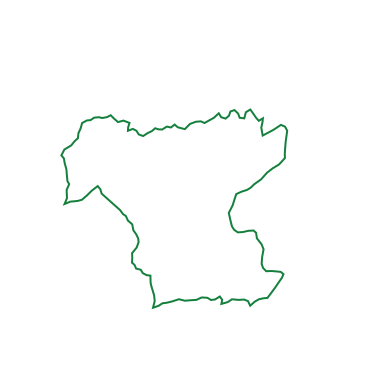 outline of Mendonça, São Paulo, Brazil, rotated 223°
{"feature_id": "56859067B44337407830126", "entity_name": "Mendonça", "entity_type": "district", "adm_level": 2, "iso_a3": "BRA", "parent_name": "Brazil", "parent_adm1": "São Paulo", "projection": "equal_earth", "projection_center": [-49.571, -21.202], "detail": "fine", "context": "isolated", "style": "outline", "palette": "green", "viewbox_px": 384, "rotation_deg": 223, "n_neighbors": 0, "source": "geoboundaries", "source_scale": "gbopen_adm2", "svg_char_len": 2191}
<svg xmlns="http://www.w3.org/2000/svg" viewBox="0 0 384 384"><g transform="rotate(223 192 192)"><path d="M190.4,294.2L191.7,289.6L196.3,290.1L200.3,291.0L205.6,292.1L207.0,287.1L204.0,281.5L207.8,278.8L211.7,280.8L216.8,280.9L218.8,277.1L217.0,273.0L217.5,268.6L221.6,266.6L226.1,267.8L226.6,261.2L228.1,256.6L229.9,251.0L233.7,249.7L237.1,246.0L239.9,240.4L240.1,233.1L246.6,229.6L250.7,229.5L251.4,224.8L255.0,222.7L256.4,217.4L259.3,214.9L262.4,213.5L262.9,209.1L264.5,205.2L265.9,199.6L270.2,197.8L274.4,198.9L278.3,197.8L280.6,193.1L282.9,195.9L284.8,199.9L290.8,197.5L293.8,192.7L299.0,192.5L303.8,192.7L305.2,188.8L308.1,184.9L311.1,183.2L314.3,179.6L315.2,175.4L317.7,172.6L319.4,167.5L316.7,162.3L315.2,157.6L312.1,153.5L312.5,149.1L312.1,143.8L314.3,136.0L312.5,129.7L308.6,129.2L304.7,126.2L299.4,123.0L294.6,118.6L290.5,115.0L287.2,114.0L285.1,108.0L279.2,102.2L277.0,96.3L274.4,102.0L271.7,105.0L269.3,107.8L267.2,111.3L266.5,117.5L266.2,124.6L265.0,132.0L260.9,131.5L257.0,129.2L232.1,129.7L227.5,128.8L223.9,129.3L219.4,127.4L213.7,127.6L208.7,124.0L203.9,123.0L199.8,121.4L196.9,119.0L194.6,113.7L194.1,106.4L190.5,102.8L187.7,99.4L184.3,99.5L180.7,97.9L176.4,100.2L172.7,99.1L168.5,100.2L165.4,102.5L160.5,97.5L157.5,95.4L154.2,93.5L149.1,90.5L144.9,86.8L141.6,80.8L138.8,86.0L137.7,90.5L135.0,93.7L131.9,98.4L128.4,104.7L123.1,107.6L118.9,112.2L115.2,116.1L113.0,121.5L108.6,125.1L104.5,126.0L101.9,129.0L100.4,134.5L96.3,133.7L94.2,130.2L90.8,135.8L89.6,140.8L84.4,144.8L80.5,148.9L76.6,150.4L71.9,148.5L71.3,154.7L69.9,159.2L67.5,162.7L64.6,166.0L65.2,171.9L66.0,178.9L67.0,185.3L67.7,190.4L69.1,194.3L72.6,194.1L75.3,192.1L79.8,188.6L83.7,184.7L88.2,184.9L92.0,186.9L96.3,192.2L100.6,198.9L105.4,201.2L113.0,202.4L117.3,205.9L120.7,205.8L124.3,202.1L127.4,197.5L131.0,193.7L135.5,193.1L139.3,194.1L142.9,196.4L145.9,198.4L150.8,201.8L153.2,210.0L156.3,216.5L158.2,220.7L156.0,226.0L153.2,231.0L152.0,235.2L151.8,240.1L150.1,248.3L150.3,257.3L149.1,264.5L147.1,271.6L147.2,280.2L149.9,282.9L153.0,286.6L157.8,292.7L164.2,301.8L168.5,303.2L172.7,301.8L174.8,293.1L178.8,281.5L185.3,286.4L188.1,291.2L190.4,294.2Z" fill="none" stroke="#15803d" stroke-width="2"/></g></svg>